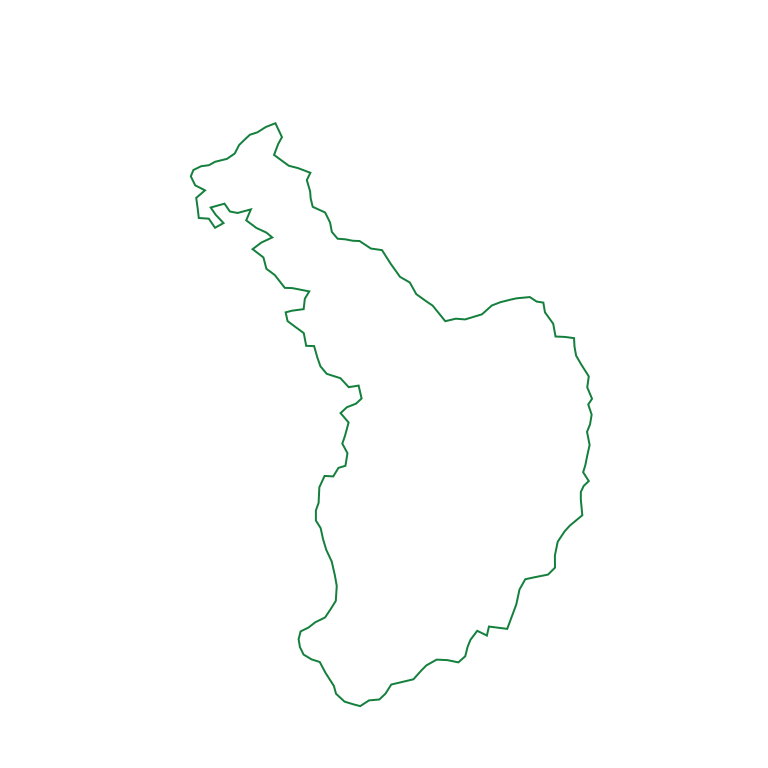 Enéas Marques, Paraná, Brazil (Natural Earth projection), rotated 334°
{"feature_id": "56859067B67045600360452", "entity_name": "Enéas Marques", "entity_type": "district", "adm_level": 2, "iso_a3": "BRA", "parent_name": "Brazil", "parent_adm1": "Paraná", "projection": "natural_earth1", "projection_center": [-53.161, -25.883], "detail": "fine", "context": "isolated", "style": "outline", "palette": "green", "viewbox_px": 768, "rotation_deg": 334, "n_neighbors": 0, "source": "geoboundaries", "source_scale": "gbopen_adm2", "svg_char_len": 2362}
<svg xmlns="http://www.w3.org/2000/svg" viewBox="0 0 768 768"><g transform="rotate(334 384 384)"><path d="M400.7,102.0L390.3,101.2L380.6,102.3L372.7,101.2L365.8,103.3L358.5,105.7L350.9,111.4L341.5,112.8L329.5,110.2L322.6,110.6L315.1,108.1L306.5,108.1L301.4,112.7L301.4,122.7L308.0,131.5L296.8,134.4L293.4,144.8L290.3,153.6L299.0,158.6L300.6,169.5L310.3,169.0L306.9,158.1L305.6,149.4L319.7,152.0L321.1,161.4L327.4,166.1L340.9,168.7L331.9,176.5L337.7,187.8L344.7,196.4L347.8,203.3L335.7,203.1L325.0,205.2L331.1,217.4L328.8,228.9L333.6,238.2L337.0,254.1L343.6,257.6L357.4,268.0L350.2,272.7L344.6,281.5L333.5,277.8L327.0,276.5L324.9,285.2L329.7,294.5L334.2,303.1L330.8,315.6L337.8,319.3L335.7,331.0L334.6,340.3L337.0,349.8L347.4,359.7L350.9,371.4L360.5,374.3L357.5,387.2L350.2,389.4L340.5,388.6L332.2,391.1L335.3,403.1L326.2,413.5L320.4,419.3L320.8,430.2L313.5,440.6L306.3,439.4L297.9,444.8L290.3,440.6L280.6,448.5L273.1,462.2L267.4,467.7L262.9,476.9L263.9,485.7L261.2,496.7L259.4,507.8L259.2,520.6L255.9,534.7L253.0,544.8L245.6,557.8L237.1,563.1L228.7,568.0L217.9,568.0L209.3,569.8L200.6,569.8L195.4,575.9L193.1,583.6L193.1,591.9L198.2,599.8L204.4,605.7L204.8,618.0L206.6,633.4L205.1,641.4L209.3,652.2L216.2,658.6L221.4,663.1L231.8,661.8L241.5,665.5L249.5,663.0L258.8,657.3L271.6,660.2L281.0,662.3L292.6,657.6L298.7,655.5L310.5,654.8L320.0,660.0L328.8,666.8L337.7,664.3L344.0,656.8L349.6,651.8L359.6,646.7L366.2,655.2L372.0,648.0L381.0,653.9L387.4,658.1L406.2,640.2L415.7,628.1L425.4,621.4L435.0,623.8L447.9,627.2L457.2,624.0L462.4,613.1L471.0,601.9L481.8,595.6L489.1,592.7L504.7,588.9L510.3,574.0L513.6,567.3L518.9,563.1L525.5,561.0L524.3,550.6L529.3,545.3L534.8,538.1L542.1,528.9L545.5,516.0L551.4,510.7L557.2,502.6L558.6,491.9L564.5,488.5L565.2,476.1L571.4,466.9L569.8,452.6L569.1,442.7L571.6,433.9L574.9,426.1L567.4,421.1L559.0,416.5L562.5,404.0L560.1,390.1L562.9,380.7L557.3,376.8L553.2,369.8L540.7,365.1L534.5,363.6L524.5,361.5L515.4,360.7L502.6,364.3L485.2,361.5L477.2,356.8L466.6,354.4L462.1,334.9L457.9,327.6L452.4,317.4L451.7,304.1L445.4,294.8L442.7,278.9L440.9,262.8L431.6,256.5L424.7,244.8L418.8,241.6L412.5,236.9L406.0,233.1L403.8,224.4L406.3,215.3L406.3,204.1L397.6,193.5L399.4,185.2L402.1,178.3L404.0,166.9L410.4,161.9L401.4,152.3L394.1,146.1L385.6,129.9L394.1,121.9L400.5,117.4L400.7,102.0Z" fill="none" stroke="#15803d" stroke-width="2"/></g></svg>